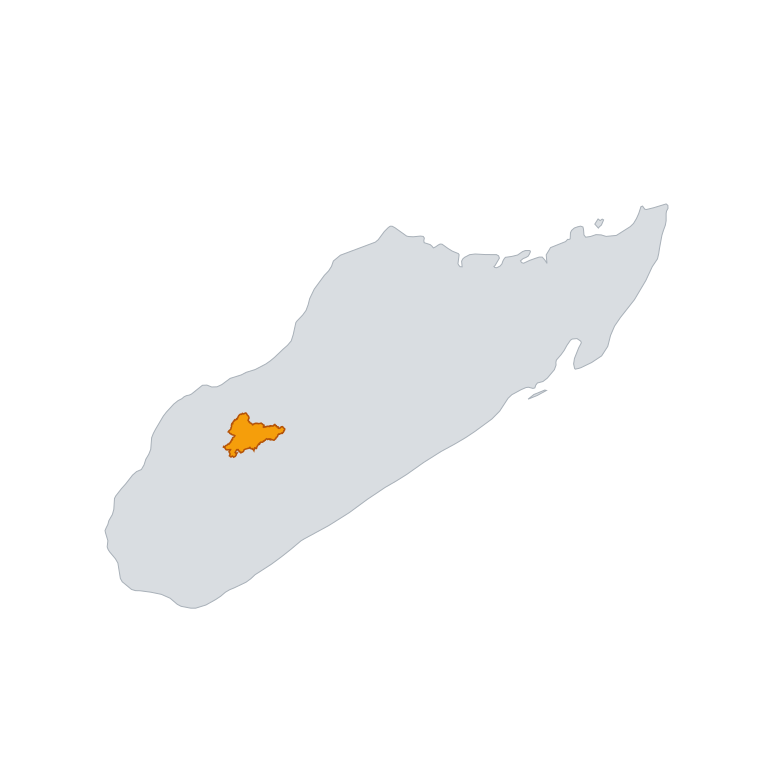 Beroroha, Atsimo-Andrefana, Madagascar shown in context, rotated 41°
{"feature_id": "10022922B39697778193382", "entity_name": "Beroroha", "entity_type": "district", "adm_level": 2, "iso_a3": "MDG", "parent_name": "Madagascar", "parent_adm1": "Atsimo-Andrefana", "projection": "natural_earth1", "projection_center": [45.328, -21.505], "detail": "fine", "context": "in_parent", "style": "filled", "palette": "amber", "viewbox_px": 768, "rotation_deg": 41, "n_neighbors": 0, "source": "geoboundaries", "source_scale": "gbopen_adm2", "svg_char_len": 9000}
<svg xmlns="http://www.w3.org/2000/svg" viewBox="0 0 768 768"><g transform="rotate(41 384 384)"><path d="M492.2,79.7L494.1,84.7L496.2,89.5L503.0,101.0L505.8,105.4L508.3,110.1L509.5,119.5L513.7,134.1L517.7,156.1L518.8,178.6L520.0,189.0L523.1,198.7L528.2,208.8L529.8,220.0L526.6,231.6L521.9,242.5L520.7,244.5L518.6,247.3L517.6,247.2L513.9,244.4L511.0,239.8L507.2,229.0L505.9,223.4L504.3,222.6L499.9,223.1L496.6,226.5L496.0,228.6L496.7,234.8L497.9,240.3L498.4,245.8L498.4,252.9L499.6,255.0L501.4,256.8L503.2,261.4L503.4,272.4L502.3,277.9L499.1,282.6L499.3,285.3L500.4,288.0L499.3,289.6L495.1,291.7L493.5,293.5L491.2,298.3L487.5,308.2L487.0,313.3L489.1,328.6L488.4,339.5L483.7,360.3L481.0,370.2L477.1,382.0L471.3,397.6L465.4,417.2L460.5,437.3L456.8,449.4L452.7,461.3L447.0,482.4L442.2,503.8L435.1,527.3L425.3,553.5L424.2,557.0L422.1,570.4L419.9,582.0L417.3,593.6L411.8,612.6L411.2,618.5L409.9,624.1L404.7,636.1L402.5,640.5L400.9,645.2L400.0,651.2L398.4,657.0L394.6,667.6L388.9,676.8L385.0,680.1L376.7,684.9L372.5,685.9L363.1,686.0L354.0,688.8L344.6,694.1L335.5,700.1L332.0,703.0L328.2,704.7L316.2,705.0L312.6,703.7L300.6,693.7L295.9,692.1L287.1,690.7L284.4,689.9L282.0,688.6L278.4,683.4L271.4,679.0L269.6,677.6L268.6,674.5L267.8,671.3L266.0,667.6L264.6,660.6L262.3,655.8L255.7,647.2L255.0,644.4L254.5,635.3L254.6,629.1L254.0,617.8L254.7,612.5L257.0,607.7L256.0,602.5L253.6,597.0L252.6,591.4L250.8,586.3L243.9,577.0L242.3,572.5L241.2,567.7L238.5,553.0L238.2,547.9L238.5,537.1L239.5,531.6L241.1,527.7L241.5,524.8L242.6,522.3L244.2,520.3L245.3,517.9L247.8,504.1L251.1,501.0L255.9,499.3L259.8,495.7L262.0,490.8L264.2,480.7L270.3,470.8L272.4,465.5L277.3,457.6L281.7,446.4L283.0,441.2L283.9,435.8L285.0,424.0L285.8,418.1L285.7,412.3L283.1,406.3L277.2,395.5L277.0,393.5L277.4,385.4L276.9,379.6L274.7,373.8L271.9,368.3L269.1,358.1L267.7,341.1L268.0,335.0L267.2,329.6L265.1,324.4L266.6,315.4L284.4,282.6L285.0,278.8L284.2,268.8L284.6,263.0L285.2,260.8L286.6,259.6L289.6,258.9L304.1,257.5L305.9,256.5L309.5,253.7L314.5,248.4L316.8,246.9L318.7,247.4L320.0,249.7L321.6,251.0L327.4,248.5L329.7,248.5L332.0,248.9L333.0,246.6L333.7,243.7L334.5,241.6L336.1,240.4L343.6,239.7L348.4,238.9L354.6,236.8L355.9,237.2L360.9,244.7L362.5,245.3L364.4,245.6L366.1,244.3L362.0,240.4L361.4,238.1L361.7,235.6L363.8,230.2L367.5,226.1L375.6,219.8L384.0,212.6L386.4,212.1L388.5,213.3L390.1,221.8L389.9,223.2L391.2,223.4L392.8,222.3L394.2,218.9L394.2,216.0L393.1,213.3L392.6,211.0L392.5,208.8L396.8,203.8L400.2,199.0L401.7,193.2L403.1,190.6L406.6,187.6L407.7,188.1L408.5,190.5L408.9,193.1L408.0,195.6L406.7,198.1L406.2,201.5L408.2,202.1L410.1,201.3L412.8,195.2L416.0,189.5L417.8,186.5L420.2,184.4L424.1,184.9L427.9,186.1L421.7,180.1L420.2,171.8L427.6,157.4L427.7,154.4L428.8,153.5L429.3,152.3L425.5,147.5L424.8,145.0L425.3,141.4L427.1,138.2L428.8,135.9L431.1,135.0L433.0,136.3L437.1,140.3L439.9,140.9L443.2,137.0L446.0,132.2L450.1,129.0L454.8,126.9L461.9,119.4L466.6,103.7L467.0,99.1L466.0,93.5L464.4,88.2L461.6,81.6L462.4,80.1L466.2,81.0L467.6,80.1L471.8,74.2L478.8,63.0L481.1,63.0L483.1,65.1L483.8,68.2L485.2,70.4L489.9,75.8L492.2,79.7ZM443.4,124.0L443.5,125.7L438.2,125.0L437.3,119.0L439.9,118.9L440.5,116.4L442.1,116.1L443.8,121.4L443.4,124.0ZM507.2,292.1L502.7,300.9L504.0,293.6L509.3,283.1L510.8,282.3L507.2,292.1Z" fill="#d9dde1" stroke="#a8b0b8" stroke-width="1"/><path d="M339.6,488.0L339.7,487.9L339.5,487.6L339.3,487.4L339.5,487.2L339.7,486.6L339.6,486.0L339.4,485.8L339.4,485.3L339.2,485.2L339.0,484.9L339.2,484.6L339.0,484.1L339.1,483.8L338.9,483.5L338.7,483.2L338.3,482.9L338.1,483.0L337.1,483.0L336.8,483.0L336.4,483.0L336.2,482.8L335.3,482.8L334.6,483.6L334.6,484.2L334.4,484.5L334.3,484.8L334.5,485.2L334.5,485.4L333.9,486.4L333.3,486.7L333.0,486.7L332.8,486.6L332.7,486.3L332.7,486.0L332.5,485.8L331.8,486.0L331.6,486.3L331.3,486.4L331.1,486.6L330.9,486.5L330.7,486.7L330.3,486.5L330.0,486.1L329.3,486.5L328.6,486.2L328.2,486.1L327.9,486.4L327.8,486.7L328.0,487.0L328.1,487.4L328.1,487.5L328.1,488.1L327.8,488.2L327.7,488.2L327.5,488.9L327.3,489.0L327.0,489.2L326.9,489.2L326.8,489.4L326.6,489.6L326.4,489.5L326.2,489.6L325.8,489.9L325.6,490.0L325.4,490.3L325.7,490.7L325.8,490.8L325.7,491.1L325.2,491.1L324.7,491.5L324.6,491.9L324.4,492.1L323.9,492.2L323.8,492.4L323.5,492.7L323.5,492.9L323.3,493.0L323.2,493.2L323.0,493.4L323.0,493.6L322.8,493.6L322.7,493.8L322.9,494.1L322.4,494.5L322.1,494.4L321.8,494.5L321.8,494.8L322.0,495.1L321.8,495.5L321.7,495.6L321.2,495.6L321.2,495.2L321.4,495.0L321.1,494.6L320.7,494.7L320.5,494.3L320.6,494.0L320.5,493.8L319.9,494.1L319.4,494.0L318.9,494.1L318.5,493.9L318.1,494.0L317.8,494.2L317.5,494.1L317.0,494.1L316.8,494.5L316.6,494.6L316.2,495.3L315.2,496.2L315.1,496.6L314.3,496.7L313.9,497.3L313.5,497.3L313.3,497.7L312.6,498.1L312.5,498.4L312.6,498.8L312.0,499.4L311.8,499.9L311.8,500.7L311.8,500.9L311.5,500.9L311.3,501.0L311.0,500.8L310.8,500.8L310.1,500.7L309.7,500.9L309.4,500.8L309.0,501.0L308.7,501.3L307.3,500.8L307.1,500.9L307.0,501.2L306.9,501.2L306.1,500.7L305.4,500.8L305.3,500.7L305.2,500.3L304.9,499.9L304.8,499.1L304.5,498.8L304.5,498.3L304.3,498.2L304.2,498.0L302.9,497.2L301.3,497.1L300.4,496.9L299.7,496.5L298.7,496.5L298.1,497.5L297.8,498.6L297.4,498.8L296.4,499.0L296.3,499.3L296.5,499.7L296.5,500.3L296.4,500.4L296.2,500.4L296.0,500.7L295.7,500.7L295.5,500.9L295.3,501.3L295.2,502.2L295.2,502.7L295.1,502.9L295.4,504.5L295.6,505.0L295.8,505.2L295.7,505.9L295.9,506.1L295.8,506.3L295.9,506.6L295.7,506.8L295.9,506.9L295.7,507.2L295.7,507.5L295.9,507.5L295.7,507.9L295.7,508.1L295.5,508.3L295.5,508.5L295.3,508.8L295.3,509.2L295.0,509.2L295.2,509.5L294.9,509.8L295.0,509.9L295.2,510.0L295.1,510.6L294.9,510.9L295.1,511.3L295.1,512.1L295.2,512.5L295.7,513.0L295.2,513.2L295.2,513.4L295.1,513.6L295.4,514.2L295.8,514.4L295.8,514.6L295.7,514.8L295.7,515.0L295.8,515.2L296.0,515.2L296.4,515.5L296.9,516.2L297.1,516.7L297.2,517.2L297.3,517.2L297.4,517.6L297.7,517.9L297.7,518.0L297.9,518.3L298.0,519.1L297.7,520.8L297.7,521.2L297.7,521.8L297.9,522.0L297.9,522.3L298.8,522.0L299.3,522.2L300.2,522.4L300.5,522.3L300.9,522.0L301.3,522.2L301.7,521.9L302.6,522.0L303.1,521.8L303.4,521.5L304.6,521.0L305.3,520.8L305.4,521.2L305.6,521.6L305.6,522.1L305.5,522.4L305.5,522.8L305.2,523.3L305.1,523.9L305.2,524.3L305.5,524.5L305.6,525.0L305.8,525.1L305.6,525.4L305.6,526.0L305.8,526.3L306.1,526.4L305.9,526.9L306.0,527.3L306.1,527.9L306.4,528.1L306.2,528.6L306.5,529.2L306.4,529.6L306.1,530.1L306.4,530.9L306.5,531.1L306.3,531.3L305.9,531.4L305.7,531.6L305.6,531.9L305.7,532.8L305.5,533.3L305.0,534.2L305.0,534.5L305.1,534.8L305.0,535.3L304.7,535.8L304.3,536.1L303.9,536.3L304.3,537.0L304.7,536.7L305.3,536.6L305.7,536.4L306.4,536.6L306.4,536.8L307.7,537.2L307.9,537.0L308.8,536.8L308.9,536.6L309.1,536.1L309.4,536.0L309.7,535.7L310.7,534.6L311.2,534.2L311.5,535.2L311.4,535.8L311.4,536.1L311.3,536.4L311.3,536.6L311.8,537.0L312.3,537.2L313.1,537.4L313.5,537.6L313.9,538.0L314.0,538.5L314.3,538.8L314.4,539.0L314.3,539.4L314.4,539.6L314.7,539.5L315.6,539.6L316.4,539.5L316.6,538.9L316.7,538.2L316.8,537.9L317.5,537.8L318.5,537.9L318.6,537.6L319.1,536.7L319.2,536.1L319.1,534.9L318.9,534.2L318.6,533.9L318.4,532.4L318.3,532.5L317.9,532.9L317.8,533.4L317.7,533.5L317.3,533.3L316.9,533.4L316.5,533.3L316.3,531.9L316.0,530.7L315.9,530.3L316.0,530.0L317.0,529.2L317.2,529.5L317.3,529.7L317.6,530.0L317.9,530.0L318.2,529.7L318.6,529.7L319.1,529.4L319.4,529.5L319.6,529.8L320.2,529.8L320.3,529.9L320.6,529.9L320.9,530.0L321.1,529.9L321.0,529.7L321.0,529.2L321.5,528.9L321.8,528.2L322.0,528.1L322.1,526.7L321.6,525.8L321.8,524.9L321.9,524.5L322.4,523.6L322.9,523.0L323.5,521.9L324.2,521.2L324.3,520.6L324.3,520.2L324.2,520.1L324.4,519.7L324.6,519.7L324.8,519.8L325.1,520.1L325.1,520.3L325.4,520.2L325.7,520.1L326.3,520.1L326.7,519.7L326.7,519.4L327.2,519.0L327.8,519.5L328.2,519.4L329.0,519.4L329.5,519.6L329.0,518.7L329.0,518.4L328.8,518.1L328.6,517.9L328.5,517.5L328.3,517.1L328.3,516.9L328.5,516.8L328.9,516.6L329.2,516.7L329.5,516.4L329.7,516.5L329.9,516.6L330.0,516.4L330.0,516.2L329.8,516.1L329.7,515.6L329.2,514.6L329.0,512.7L328.8,512.2L328.8,511.2L329.0,511.2L329.3,511.6L329.5,511.4L329.3,511.2L329.5,510.8L329.4,510.5L329.4,510.2L329.1,509.9L329.1,509.7L328.9,509.6L329.0,509.0L329.3,508.6L329.6,508.5L329.8,508.1L330.4,507.7L330.5,507.2L330.7,506.8L330.8,506.4L330.5,506.1L330.9,505.8L331.0,505.6L330.8,504.9L331.3,504.3L331.2,503.8L331.1,503.2L331.3,502.8L331.3,502.3L331.5,502.2L331.8,502.3L332.0,502.2L332.6,502.2L332.8,501.2L333.6,500.5L334.0,500.7L334.0,501.0L334.4,500.9L334.0,500.2L334.3,500.0L334.6,500.1L334.9,500.1L335.1,500.2L335.3,499.7L335.7,499.8L336.0,499.7L336.2,499.3L337.6,498.8L337.9,498.5L338.0,498.1L337.9,497.6L338.0,497.3L338.0,496.9L338.2,496.5L337.9,496.0L338.0,495.7L338.0,495.4L337.7,495.0L338.0,494.4L338.0,493.4L337.8,492.8L337.4,492.4L337.3,492.0L337.5,491.5L337.3,490.9L337.4,490.7L337.9,490.6L338.1,490.4L338.1,489.8L338.8,489.0L339.0,488.3L339.2,488.2L339.4,488.0L339.6,488.0Z" fill="#f59e0b" stroke="#b45309" stroke-width="1.5"/></g></svg>